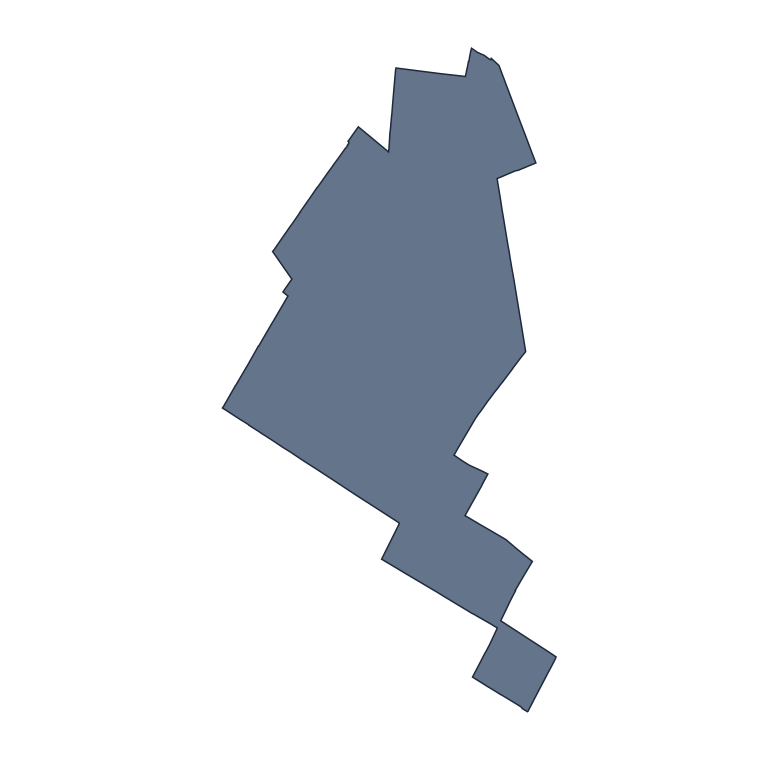 Garbovi, Ialomita, Romania, rotated 88°
{"feature_id": "2599482B59574736363397", "entity_name": "Garbovi", "entity_type": "district", "adm_level": 2, "iso_a3": "ROU", "parent_name": "Romania", "parent_adm1": "Ialomita", "projection": "natural_earth1", "projection_center": [26.782, 44.778], "detail": "fine", "context": "isolated", "style": "filled", "palette": "slate", "viewbox_px": 768, "rotation_deg": 88, "n_neighbors": 0, "source": "geoboundaries", "source_scale": "gbopen_adm2", "svg_char_len": 4015}
<svg xmlns="http://www.w3.org/2000/svg" viewBox="0 0 768 768"><g transform="rotate(88 384 384)"><path d="M402.3,546.3L402.6,546.0L404.4,543.3L407.4,539.0L414.5,528.9L416.9,525.2L418.5,522.9L420.1,520.5L420.4,520.6L422.2,518.0L424.1,515.2L426.5,511.7L429.7,507.3L431.2,505.0L434.3,500.6L437.7,495.7L439.2,493.6L440.2,492.3L441.2,490.9L443.6,487.6L447.2,482.2L447.9,481.2L448.6,480.1L450.5,477.5L455.4,470.7L455.8,470.2L459.3,465.2L464.4,457.8L470.4,449.2L474.5,443.4L482.0,432.8L484.8,428.8L486.6,426.3L489.2,422.7L493.6,416.5L499.3,408.3L504.9,400.2L523.5,373.5L525.8,374.5L534.1,379.0L559.0,392.5L573.2,370.6L587.1,348.9L593.3,339.2L598.9,330.7L606.2,319.6L611.9,310.8L615.6,305.2L616.9,302.9L618.2,300.7L618.9,299.7L627.5,285.8L631.4,279.8L631.8,279.3L632.7,279.8L633.3,280.0L638.2,282.5L643.1,285.0L643.7,285.3L648.2,287.6L650.1,288.7L655.2,291.6L655.8,292.1L663.2,296.3L663.5,296.4L680.0,305.8L689.4,291.9L698.7,277.9L699.0,277.2L703.9,269.7L711.4,258.4L711.9,258.0L713.0,257.3L714.5,255.2L715.9,253.0L716.4,252.3L716.5,252.0L716.3,251.7L715.8,251.3L714.6,250.7L713.0,249.8L710.9,248.6L707.6,246.7L705.0,245.3L703.2,244.3L702.2,243.7L692.7,238.3L681.3,231.8L679.3,230.7L674.7,228.0L671.9,226.4L669.1,224.8L667.5,223.9L666.3,223.2L664.9,222.5L664.3,222.2L664.0,222.0L663.7,221.9L663.2,221.8L662.7,221.8L662.5,221.7L662.3,222.2L658.9,226.8L653.0,235.2L649.2,240.6L642.9,249.7L637.9,256.8L631.3,266.2L624.7,275.6L610.8,268.3L606.3,266.0L600.5,262.8L596.7,260.6L596.2,260.3L595.1,259.7L594.7,260.0L594.0,259.5L591.7,258.0L585.9,254.4L578.2,249.5L576.2,248.2L567.6,242.6L567.2,242.3L566.5,241.9L563.5,245.4L559.9,249.6L558.0,251.8L553.8,256.6L549.7,261.1L545.1,266.1L543.7,267.7L537.2,277.9L528.5,291.8L518.4,307.6L508.2,301.5L497.7,295.1L491.9,291.6L489.6,290.2L489.3,290.0L487.1,288.9L478.4,283.8L477.6,283.3L475.9,286.4L475.4,287.2L468.0,301.8L467.6,302.4L464.5,307.0L463.0,309.1L458.9,314.7L457.6,316.5L457.1,316.1L456.3,315.7L451.5,312.8L421.0,293.4L420.6,293.0L418.4,291.4L417.5,290.8L415.1,288.7L412.3,286.5L411.6,286.0L408.4,283.6L405.3,281.3L401.6,278.2L397.0,274.6L392.2,270.5L388.3,267.3L386.2,265.4L384.3,263.9L381.5,261.6L372.8,254.6L372.5,254.5L361.8,245.8L360.3,244.5L356.6,241.3L343.8,242.9L331.2,244.5L302.4,248.2L284.4,250.5L273.4,252.1L263.0,253.5L257.8,254.1L256.9,254.2L250.2,255.2L247.2,255.6L238.7,256.7L234.0,257.3L225.4,258.4L220.8,259.0L214.2,259.9L209.8,260.4L204.8,261.0L203.0,261.2L194.4,262.3L186.9,263.3L185.8,263.4L182.7,263.8L182.6,263.7L182.0,262.1L181.6,260.9L179.1,254.5L175.8,245.9L175.5,245.0L175.2,242.7L168.4,224.5L158.0,228.1L150.0,230.8L142.2,233.4L123.3,239.9L102.3,247.0L90.8,250.9L82.1,253.8L80.8,254.3L74.4,256.4L69.7,258.0L68.9,258.8L62.3,265.4L63.7,265.8L63.0,267.4L59.2,272.2L58.3,273.8L57.9,274.8L57.5,275.7L57.0,276.6L56.5,277.4L56.2,278.5L52.6,283.3L51.5,284.8L53.3,285.4L55.1,285.9L55.7,286.0L60.9,287.2L62.6,287.5L63.4,287.7L64.1,287.8L64.5,287.9L64.5,288.3L69.3,289.4L71.5,289.9L72.0,290.1L74.2,290.7L74.9,290.8L75.5,290.9L76.0,291.0L77.8,291.5L79.5,291.9L76.0,315.4L76.0,315.6L72.3,338.4L68.6,361.0L70.2,361.4L74.9,362.0L89.5,363.8L109.6,366.2L112.5,366.5L112.9,366.5L116.6,367.1L123.1,367.9L129.6,368.7L133.8,369.4L134.9,369.5L140.7,370.0L146.5,370.6L148.1,370.7L152.2,371.4L134.3,391.4L132.8,393.1L126.1,400.7L140.3,411.5L140.9,410.9L141.2,410.7L141.4,410.7L141.6,410.6L141.9,410.7L142.1,410.8L142.3,410.9L142.6,411.1L144.1,412.3L144.5,412.0L146.4,413.5L147.0,414.3L156.4,421.5L162.8,426.6L163.5,427.1L163.9,427.4L165.7,428.7L170.6,432.6L179.6,439.4L179.9,439.6L180.0,439.7L181.7,441.0L184.6,443.2L184.6,443.3L185.5,444.2L194.1,450.5L205.1,458.8L209.8,462.3L209.9,462.2L211.7,463.5L219.9,469.6L224.1,472.9L241.1,485.6L245.5,488.8L247.7,490.7L274.8,473.2L275.9,472.4L278.0,474.0L281.5,476.6L288.5,481.8L288.7,481.7L292.7,476.9L305.2,484.8L318.0,492.9L318.2,493.1L329.6,500.3L341.1,507.5L341.5,507.8L341.5,508.1L359.5,519.1L369.6,525.5L379.7,531.9L380.2,532.4L399.9,544.6L400.1,544.7L402.3,546.3Z" fill="#64748b" stroke="#1e293b" stroke-width="1.5"/></g></svg>